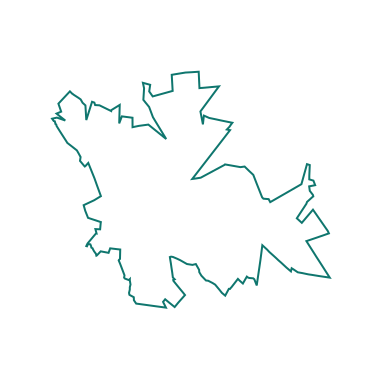 the district of Cuatro Ciénegas, Coahuila, Mexico, rotated 190°
{"feature_id": "50627088B85021541458724", "entity_name": "Cuatro Ciénegas", "entity_type": "district", "adm_level": 2, "iso_a3": "MEX", "parent_name": "Mexico", "parent_adm1": "Coahuila", "projection": "mercator", "projection_center": [-102.307, 26.665], "detail": "fine", "context": "isolated", "style": "outline", "palette": "teal", "viewbox_px": 384, "rotation_deg": 190, "n_neighbors": 0, "source": "geoboundaries", "source_scale": "gbopen_adm2", "svg_char_len": 3711}
<svg xmlns="http://www.w3.org/2000/svg" viewBox="0 0 384 384"><g transform="rotate(190 192 192)"><path d="M296.4,160.2L293.9,155.0L289.9,148.5L275.6,146.4L276.6,146.4L276.0,139.3L280.7,138.7L278.8,134.6L279.3,134.6L281.0,131.7L283.7,127.0L285.9,123.2L286.3,121.9L286.7,120.4L286.0,120.3L285.3,122.8L283.0,122.8L282.0,121.2L281.8,120.8L281.5,119.8L280.0,119.2L279.7,118.5L279.0,117.7L278.4,116.9L277.0,115.5L275.9,114.5L275.1,112.7L274.7,113.0L271.6,117.7L263.6,117.6L263.1,120.5L262.8,122.3L255.7,122.7L252.7,122.9L251.3,113.6L252.2,112.3L252.3,111.9L250.2,108.6L248.1,105.1L244.0,98.2L244.0,95.9L243.1,95.1L238.9,94.3L238.1,95.4L238.0,94.5L236.5,90.2L236.7,87.5L236.3,85.0L236.5,81.7L235.8,79.9L235.6,79.8L231.1,78.3L231.0,78.0L230.4,75.3L227.6,72.4L225.5,72.5L217.9,72.8L210.0,73.1L200.3,73.5L197.6,73.6L200.3,77.3L200.9,78.0L201.4,78.8L199.8,81.7L194.4,78.6L194.1,78.5L193.8,78.3L189.1,75.7L187.8,78.0L186.4,80.5L184.2,84.1L181.0,89.3L182.9,91.0L186.8,94.3L191.0,97.9L191.1,98.0L194.9,101.3L195.1,101.8L195.2,102.2L193.9,103.0L196.0,104.5L197.6,109.6L199.3,114.6L200.4,118.0L201.6,121.4L202.5,124.1L201.4,124.7L200.4,124.7L199.4,124.7L194.7,123.6L191.8,122.8L184.5,120.2L178.9,120.3L175.7,121.7L171.5,116.6L170.9,114.3L168.2,111.2L162.9,107.3L160.6,107.4L155.8,105.9L155.6,105.8L153.1,104.8L147.9,100.4L145.1,97.9L141.3,95.7L138.9,103.0L137.8,103.1L137.4,103.9L136.6,105.1L131.7,114.4L129.9,113.1L126.0,110.7L123.3,118.2L123.1,118.1L122.4,117.7L121.8,117.4L121.5,117.4L120.9,117.3L120.5,117.3L116.7,117.6L116.0,117.2L115.5,116.9L115.3,116.6L112.0,111.2L112.1,113.3L112.3,119.8L112.5,127.0L112.6,130.5L112.8,136.9L113.1,143.7L113.5,151.8L108.0,148.3L105.5,146.4L100.5,143.3L97.8,141.6L95.1,139.8L92.1,138.0L85.9,134.0L80.8,131.0L80.6,134.2L78.6,133.4L73.9,131.3L69.3,131.3L63.5,131.1L62.5,131.1L59.8,131.2L52.2,131.3L41.5,131.6L51.7,142.7L52.9,144.0L54.1,145.3L58.3,149.8L61.1,152.9L64.4,156.5L70.8,163.5L64.4,167.0L60.4,169.2L57.0,171.1L56.6,171.3L52.7,173.5L51.1,174.4L50.0,175.0L50.4,175.6L50.6,175.9L51.3,176.9L51.4,177.0L51.6,177.3L52.4,178.1L55.2,180.9L69.8,195.6L78.5,180.7L84.2,184.3L77.3,200.3L77.0,202.2L72.1,208.5L71.8,208.7L72.3,210.0L76.2,213.6L77.6,217.9L71.9,220.1L74.4,224.3L78.7,224.8L79.3,228.4L80.7,239.0L83.6,239.4L85.6,218.7L113.2,195.6L115.3,198.3L120.5,197.8L122.0,198.9L129.7,211.4L134.6,219.5L139.5,222.7L144.6,226.2L148.6,224.9L162.3,224.9L164.3,224.9L164.6,224.4L185.9,207.6L190.2,206.1L194.0,204.9L170.1,250.3L165.3,259.5L168.5,259.6L166.4,262.8L165.4,265.0L164.3,267.2L165.1,267.2L176.0,267.5L181.0,267.7L184.4,267.8L187.9,267.9L193.5,269.3L193.5,268.4L193.5,268.0L193.0,260.5L197.7,272.8L195.7,276.8L183.8,300.7L199.6,296.4L201.7,295.9L202.7,295.6L206.3,311.6L213.6,309.8L219.2,308.5L232.3,303.9L229.3,291.1L228.6,288.2L247.3,279.3L251.6,283.6L251.8,290.3L259.3,291.0L257.2,285.8L255.9,274.3L254.4,273.0L253.4,272.1L253.0,271.7L252.8,271.6L249.0,268.3L243.4,258.8L242.3,257.6L241.3,256.4L226.6,239.7L246.7,250.8L255.8,247.9L261.8,245.5L263.5,254.8L274.2,254.3L275.6,246.9L278.3,265.2L285.8,258.5L285.7,257.7L293.7,260.0L298.2,261.3L302.5,260.8L303.7,263.1L306.1,263.5L308.6,244.5L312.0,258.8L315.3,260.9L317.0,263.0L317.8,263.9L320.6,265.2L321.1,265.4L325.8,267.4L326.1,267.6L326.6,267.9L326.9,267.9L329.7,269.9L338.9,255.8L334.8,248.4L339.0,245.7L335.2,243.6L329.2,240.4L337.9,241.8L338.9,241.4L342.5,239.9L340.5,237.9L340.0,237.8L339.4,237.8L338.4,235.7L338.4,235.4L337.9,235.2L337.3,234.7L336.9,233.6L332.5,228.7L330.1,226.1L325.1,220.7L324.1,219.6L323.3,218.7L312.6,213.0L310.6,210.6L307.8,207.1L307.7,203.2L302.7,199.0L302.0,198.5L301.3,199.3L299.2,202.6L290.4,188.5L287.0,182.5L281.0,172.1L286.9,166.9L296.4,160.2Z" fill="none" stroke="#0f766e" stroke-width="2"/></g></svg>